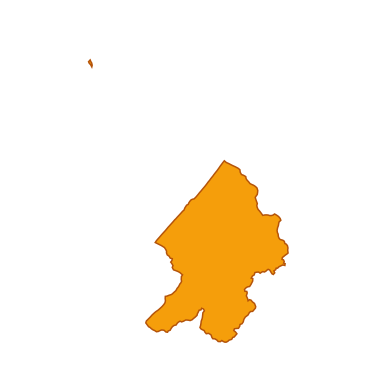 Itanhaém, São Paulo, Brazil (Natural Earth projection), rotated 165°
{"feature_id": "56859067B46019102018390", "entity_name": "Itanhaém", "entity_type": "district", "adm_level": 2, "iso_a3": "BRA", "parent_name": "Brazil", "parent_adm1": "São Paulo", "projection": "natural_earth1", "projection_center": [-46.824, -24.214], "detail": "fine", "context": "isolated", "style": "filled", "palette": "amber", "viewbox_px": 384, "rotation_deg": 165, "n_neighbors": 0, "source": "geoboundaries", "source_scale": "gbopen_adm2", "svg_char_len": 3741}
<svg xmlns="http://www.w3.org/2000/svg" viewBox="0 0 384 384"><g transform="rotate(165 192 192)"><path d="M268.8,73.1L267.5,71.9L266.7,70.5L265.3,68.9L263.8,67.7L262.5,66.2L260.6,66.0L258.9,66.4L257.0,66.6L254.8,65.7L253.4,63.5L251.9,62.9L250.9,64.0L248.9,64.1L247.7,65.4L245.9,66.9L244.1,67.7L241.6,67.7L240.6,68.8L238.9,69.8L237.0,70.3L235.6,69.2L233.5,69.4L231.2,70.0L228.8,69.2L227.1,68.3L224.8,68.6L223.4,69.4L221.7,70.1L219.1,71.5L218.3,73.0L217.1,74.3L215.7,76.0L213.9,75.8L212.8,77.2L211.2,76.0L210.8,74.0L212.7,72.6L213.6,70.3L214.4,68.2L215.2,66.7L216.5,64.9L217.2,63.1L218.1,61.1L219.4,59.0L218.7,57.3L217.3,56.0L216.1,55.0L215.8,53.3L214.9,51.4L212.6,51.2L211.5,50.1L210.5,48.8L210.5,46.8L209.9,44.9L207.9,44.2L206.4,42.7L205.4,40.8L203.3,40.1L201.6,40.8L200.6,39.6L199.4,38.6L198.0,38.1L196.2,38.4L194.5,39.3L191.8,39.4L190.3,41.0L188.8,41.0L185.3,43.4L186.2,45.6L187.5,47.4L186.4,48.9L183.9,48.6L182.4,48.3L180.7,49.9L179.9,51.6L177.8,51.8L176.1,53.3L174.9,55.5L172.9,57.4L169.7,58.7L168.0,60.5L166.4,61.4L164.3,61.0L160.8,63.4L160.1,64.9L160.5,68.2L162.1,70.3L163.0,72.3L164.4,73.1L166.0,72.4L165.9,74.7L166.4,77.6L164.8,80.2L164.8,81.8L166.6,82.4L166.5,84.3L164.8,85.4L162.9,86.0L160.8,85.8L159.0,87.4L156.4,90.3L155.7,92.6L157.1,93.5L155.4,95.2L153.4,95.8L152.1,97.9L150.2,97.8L148.3,97.4L147.2,95.9L145.6,96.5L144.1,96.8L142.9,96.0L141.3,96.3L140.1,97.0L138.5,97.6L137.1,96.5L136.4,93.9L135.9,92.3L134.8,91.3L133.0,92.5L133.4,94.6L131.2,95.3L130.5,96.6L129.0,96.3L127.3,97.3L125.2,97.7L123.2,98.0L121.3,97.0L120.6,98.7L121.9,99.6L120.9,101.0L121.2,102.8L122.5,103.6L121.7,105.3L120.1,106.0L118.4,106.8L116.4,107.5L115.0,108.2L114.6,111.2L113.8,113.1L113.7,115.4L114.4,117.2L115.6,118.2L115.6,120.5L116.7,121.9L119.1,123.3L119.8,124.6L120.1,126.6L119.7,129.1L120.0,130.7L119.8,132.8L118.6,135.3L117.2,137.3L116.5,138.9L115.8,140.4L113.5,141.7L113.7,143.7L114.7,145.9L116.3,147.8L117.9,149.4L119.8,148.7L121.4,148.7L123.0,149.1L124.5,150.1L126.3,150.7L127.7,151.0L129.7,151.1L130.9,154.3L131.7,156.2L132.7,158.1L133.0,160.5L132.9,162.2L131.9,163.9L132.1,166.2L132.3,168.9L132.3,170.5L131.1,171.5L129.6,172.7L128.8,174.5L128.1,176.4L128.2,179.1L129.3,180.9L130.8,182.6L132.2,183.7L133.8,185.1L134.7,187.3L135.7,189.1L136.3,190.9L136.1,193.0L137.9,194.8L139.7,196.1L140.3,198.5L140.0,201.2L141.3,203.0L143.8,205.3L145.9,207.0L147.9,208.8L149.2,210.0L151.2,211.6L152.7,213.8L155.0,212.1L156.1,211.2L157.8,209.9L159.9,208.1L162.2,206.2L164.0,204.9L165.2,204.0L166.5,203.0L167.7,202.0L169.4,200.8L170.6,199.9L172.0,198.7L173.5,197.7L175.6,196.0L178.1,194.1L180.0,192.8L181.3,191.9L183.1,190.6L184.8,189.5L186.5,188.2L189.2,186.3L191.8,184.8L193.5,184.9L195.0,184.6L196.6,183.5L197.9,182.3L198.9,181.0L200.6,180.7L201.8,179.6L203.0,178.5L204.4,176.6L206.1,175.8L208.2,174.4L210.7,172.8L212.8,171.5L214.4,170.4L215.9,169.6L217.9,168.2L219.6,167.1L221.3,166.0L222.5,165.2L224.1,164.2L225.9,162.9L227.6,161.7L229.5,160.5L232.3,158.7L235.2,156.7L237.8,155.0L239.3,153.9L240.6,152.7L239.1,151.4L235.5,148.2L233.0,145.5L232.2,143.1L231.9,141.4L232.4,139.8L232.2,137.7L230.7,135.9L230.1,133.7L228.3,132.7L229.1,131.0L230.7,129.8L230.0,128.1L229.4,125.8L230.6,124.3L230.0,121.6L228.1,120.3L226.1,118.8L224.6,117.4L223.5,115.7L222.6,114.4L224.1,113.1L225.0,110.4L225.2,108.4L226.2,107.2L227.5,106.3L228.7,104.9L229.7,103.9L231.3,102.8L233.1,100.9L235.9,99.5L237.3,98.7L238.6,98.3L241.1,98.2L243.1,97.9L244.8,98.1L245.5,96.0L245.8,93.9L246.6,92.2L248.2,90.7L250.4,89.2L253.6,87.5L255.5,86.6L257.6,85.9L259.2,85.2L262.3,83.6L265.0,81.8L269.5,79.2L270.5,77.5L268.8,73.1ZM258.2,344.6L257.9,342.8L257.0,341.3L256.4,338.8L255.6,340.3L255.5,342.6L256.0,344.3L256.2,345.9L258.2,344.6Z" fill="#f59e0b" stroke="#b45309" stroke-width="1.5"/></g></svg>